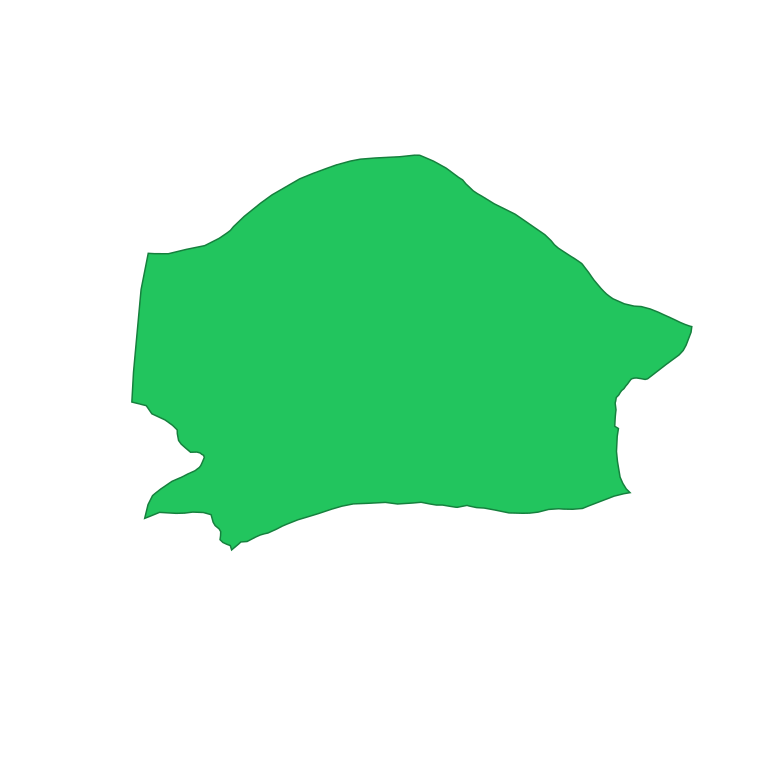 outline of Kaysone Phomvihane, Savannakhét, Laos, rotated 115°
{"feature_id": "54806243B84595841762541", "entity_name": "Kaysone Phomvihane", "entity_type": "district", "adm_level": 2, "iso_a3": "LAO", "parent_name": "Laos", "parent_adm1": "Savannakhét", "projection": "mercator", "projection_center": [104.87, 16.59], "detail": "fine", "context": "isolated", "style": "filled", "palette": "green", "viewbox_px": 768, "rotation_deg": 115, "n_neighbors": 0, "source": "geoboundaries", "source_scale": "gbopen_adm2", "svg_char_len": 2631}
<svg xmlns="http://www.w3.org/2000/svg" viewBox="0 0 768 768"><g transform="rotate(115 384 384)"><path d="M598.8,452.0L590.2,448.0L587.7,447.0L587.6,446.9L584.6,441.5L577.0,435.7L573.1,432.3L570.3,429.1L568.1,426.2L560.6,419.8L556.1,416.4L552.2,412.9L543.5,404.7L537.9,398.4L529.1,388.6L519.5,378.5L512.5,370.5L505.6,361.1L499.2,348.7L490.7,332.7L487.0,321.0L479.5,307.3L475.5,300.4L473.3,291.6L471.6,285.5L469.0,279.9L467.1,273.0L465.4,267.1L464.8,265.5L458.9,257.4L458.7,255.9L458.6,255.3L456.9,247.9L454.1,240.8L451.4,230.5L448.0,216.2L445.8,211.2L442.5,203.6L439.5,197.5L435.0,190.2L428.1,181.8L423.2,172.9L421.7,168.9L417.8,160.1L412.9,151.5L408.0,147.0L399.1,138.4L388.5,128.2L382.1,120.3L378.5,115.1L376.7,120.1L373.1,125.6L368.6,130.7L355.5,139.7L346.9,144.8L332.9,150.5L325.3,152.7L324.8,157.0L320.4,158.8L316.1,160.5L311.9,162.0L309.4,162.8L306.2,164.8L303.5,166.5L301.6,166.8L298.1,167.8L294.7,166.6L291.7,166.3L289.4,165.8L286.9,164.6L283.5,164.0L281.1,163.3L278.0,162.7L275.6,162.2L274.4,161.5L272.9,159.7L271.8,157.7L270.5,153.2L269.5,149.3L267.9,147.3L247.3,136.7L232.8,128.8L227.1,127.0L221.1,126.6L207.3,127.6L201.9,129.3L202.3,131.2L202.8,136.2L203.0,141.5L202.9,147.6L202.9,152.6L203.0,160.0L203.0,165.7L203.5,174.5L205.1,183.6L207.7,190.2L209.8,200.2L210.0,212.5L209.3,216.5L208.4,220.5L207.2,223.9L205.7,227.7L203.1,233.3L201.1,237.6L199.0,241.3L196.7,245.2L194.7,249.0L192.9,252.5L192.4,253.3L191.3,255.6L191.2,255.9L189.9,263.7L189.3,268.8L187.9,278.7L187.2,283.4L185.8,288.4L183.5,293.1L180.7,301.3L174.7,336.8L174.1,360.3L172.4,375.0L172.0,379.9L171.2,384.9L169.5,389.8L168.0,394.4L165.8,399.0L165.2,403.8L162.1,418.8L161.1,433.3L161.4,443.5L161.6,448.3L163.7,453.0L171.4,465.8L176.1,474.7L182.9,487.5L190.2,500.4L196.1,508.6L205.5,519.7L212.5,526.8L223.2,537.4L233.7,547.1L259.9,565.4L272.1,572.2L291.1,581.5L305.0,586.9L309.7,588.1L314.0,590.4L321.7,595.0L334.4,605.0L345.5,620.0L357.1,634.5L362.9,647.1L365.2,652.9L401.0,644.1L479.2,616.0L506.9,604.9L504.1,590.3L509.1,581.8L509.1,574.5L509.1,567.2L510.8,558.2L513.0,552.0L516.4,550.3L522.0,546.3L524.2,542.4L525.9,536.7L527.6,530.5L524.8,524.9L524.2,521.5L524.7,519.6L524.9,517.3L526.6,515.8L531.8,515.6L535.5,515.6L537.7,516.1L542.7,518.8L548.1,523.5L554.8,528.7L554.9,528.9L555.0,529.0L561.8,535.0L573.4,541.9L579.3,544.9L583.0,546.6L593.0,546.9L606.9,544.1L602.8,540.2L598.9,536.6L595.2,533.2L592.2,525.6L589.1,517.8L585.3,510.2L580.9,503.2L576.8,493.4L575.5,485.5L581.5,480.4L583.7,477.2L585.0,472.2L586.8,469.6L590.6,468.0L594.4,466.8L595.7,463.0L595.7,458.8L595.4,455.0L598.8,452.0Z" fill="#22c55e" stroke="#15803d" stroke-width="1.5"/></g></svg>